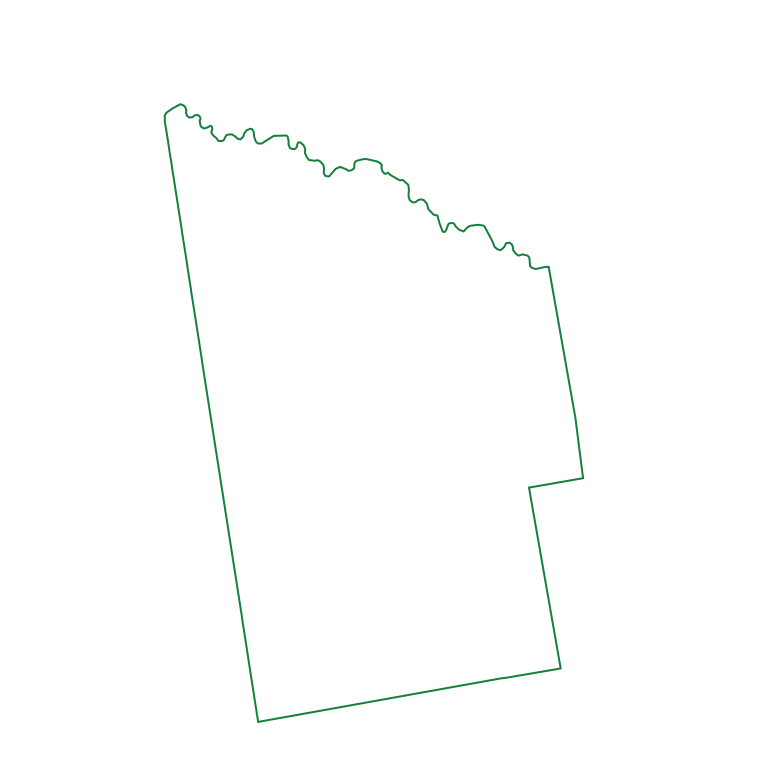 McCurtain, Oklahoma, United States of America, rotated 170°
{"feature_id": "52423323B44791515343286", "entity_name": "McCurtain", "entity_type": "district", "adm_level": 2, "iso_a3": "USA", "parent_name": "United States of America", "parent_adm1": "Oklahoma", "projection": "equal_earth", "projection_center": [-94.759, 34.062], "detail": "fine", "context": "isolated", "style": "outline", "palette": "green", "viewbox_px": 768, "rotation_deg": 170, "n_neighbors": 0, "source": "geoboundaries", "source_scale": "gbopen_adm2", "svg_char_len": 2526}
<svg xmlns="http://www.w3.org/2000/svg" viewBox="0 0 768 768"><g transform="rotate(170 384 384)"><path d="M201.4,317.3L201.5,470.8L204.9,471.3L214.5,470.9L217.9,472.5L219.7,474.8L219.0,481.5L219.1,483.7L220.4,485.6L225.1,487.6L229.1,487.1L230.5,488.2L231.7,489.8L233.5,493.3L233.3,497.2L234.0,499.5L235.9,501.4L239.3,501.4L242.0,497.8L246.0,495.6L249.0,497.0L251.3,500.0L252.5,505.9L257.7,521.8L258.9,522.9L263.9,524.5L271.7,524.8L274.8,523.7L279.1,520.4L283.3,522.9L285.8,526.4L287.3,529.9L289.5,530.9L292.2,530.7L293.1,530.0L296.0,524.8L297.5,523.4L298.5,523.2L299.8,524.0L301.4,532.7L302.2,540.7L305.7,542.1L310.0,548.6L310.4,554.0L312.8,558.1L315.3,559.3L317.2,559.4L319.0,558.9L321.1,557.8L323.2,557.6L324.6,558.3L325.8,559.5L326.7,560.5L327.2,563.4L327.1,565.5L325.8,570.7L325.5,573.9L325.7,576.2L330.1,581.7L332.8,581.8L334.9,583.2L342.2,589.5L343.3,591.4L345.8,590.7L347.0,591.1L348.7,594.0L349.0,597.7L348.1,600.0L349.4,602.1L352.2,604.4L362.8,608.8L366.8,609.0L372.5,608.5L374.0,607.6L375.0,605.8L375.7,602.0L377.2,600.9L379.6,600.0L382.4,600.3L383.9,602.0L389.5,605.4L394.2,604.3L401.9,598.0L404.1,598.5L405.6,599.2L406.4,600.9L406.6,602.9L405.6,606.7L405.7,610.3L408.3,614.3L410.3,615.9L413.5,615.9L419.0,617.6L420.7,620.8L421.7,625.2L420.8,629.5L421.6,632.3L421.8,633.2L424.4,636.4L426.5,636.8L427.9,634.8L428.7,632.6L429.9,631.5L431.4,630.8L433.6,631.5L435.6,632.6L436.4,636.8L435.8,639.3L435.8,642.4L436.1,644.8L437.3,645.7L449.4,647.5L462.9,642.0L466.6,642.9L468.0,644.9L468.6,647.4L468.9,650.2L468.6,655.2L469.8,658.0L471.5,658.6L475.5,657.6L478.0,655.2L479.6,652.1L483.0,649.8L485.3,650.8L488.0,654.1L490.2,656.0L492.5,656.6L495.8,656.6L497.5,654.7L499.2,652.3L501.2,651.3L504.9,652.2L506.3,655.2L508.4,657.6L510.0,660.1L510.3,662.1L508.9,664.8L508.7,666.6L509.5,668.1L510.6,668.3L512.8,667.5L516.8,666.8L519.4,669.1L519.9,671.3L519.8,675.3L518.6,677.1L519.1,679.8L521.0,681.4L523.7,681.4L526.4,680.0L529.3,680.2L531.5,682.4L531.9,685.7L531.2,687.3L531.6,691.2L533.0,693.1L535.9,694.9L544.4,692.1L551.3,688.9L553.4,686.3L554.3,680.0L554.4,669.2L554.5,662.2L555.0,645.0L554.9,642.4L555.3,628.6L555.3,624.8L555.8,601.2L555.8,599.0L555.9,597.2L556.3,574.3L556.5,569.6L556.6,564.7L556.9,545.5L557.3,530.7L557.7,509.8L557.8,509.6L558.5,470.3L558.6,468.1L558.7,459.1L558.8,456.6L559.8,413.1L559.8,411.7L562.1,294.3L564.3,181.3L564.5,176.1L565.1,146.0L565.3,137.8L565.4,134.2L566.6,73.1L319.2,73.8L316.6,73.5L259.4,73.2L259.2,256.8L204.3,256.7L201.4,317.3Z" fill="none" stroke="#15803d" stroke-width="2"/></g></svg>